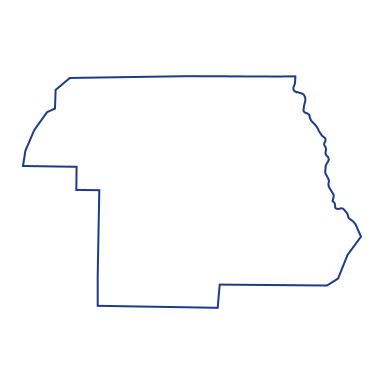 the district of Jackson, Florida, United States of America
{"feature_id": "52423323B29299909449407", "entity_name": "Jackson", "entity_type": "district", "adm_level": 2, "iso_a3": "USA", "parent_name": "United States of America", "parent_adm1": "Florida", "projection": "orthographic", "projection_center": [-85.035, 30.783], "detail": "fine", "context": "isolated", "style": "outline", "palette": "blue", "viewbox_px": 384, "rotation_deg": 0, "n_neighbors": 0, "source": "geoboundaries", "source_scale": "gbopen_adm2", "svg_char_len": 1461}
<svg xmlns="http://www.w3.org/2000/svg" viewBox="0 0 384 384"><path d="M69.8,78.0L55.6,89.9L55.0,108.5L47.0,112.2L34.3,130.0L25.4,150.7L23.0,166.0L76.6,166.8L76.3,189.9L99.3,190.2L97.7,275.4L97.7,305.8L120.9,306.2L217.7,307.8L219.7,284.6L327.0,285.5L338.1,278.5L347.5,255.0L361.0,236.6L357.9,229.7L355.5,224.2L352.9,221.2L349.1,218.5L348.4,217.3L347.4,213.7L343.5,209.0L342.8,208.6L341.6,208.3L340.3,208.4L338.8,209.0L336.6,208.7L335.5,208.1L335.2,207.4L334.8,203.4L332.5,200.9L333.5,197.6L333.7,195.6L333.5,194.4L329.5,188.0L328.8,186.5L328.4,184.3L328.9,181.3L328.8,180.1L327.6,177.3L325.5,173.7L325.2,171.9L325.4,169.8L325.6,166.4L326.1,164.8L327.1,162.9L328.2,161.4L328.7,160.3L328.7,159.4L328.5,158.0L327.9,156.9L326.5,155.5L325.6,154.0L325.5,151.9L325.9,150.7L326.1,149.3L325.9,148.1L325.4,147.0L324.4,145.4L324.1,144.1L324.5,142.6L325.4,141.1L325.5,139.1L324.8,137.9L324.3,137.4L323.4,136.8L322.8,136.3L322.2,135.9L319.0,131.2L317.8,128.6L316.1,125.8L311.2,120.7L310.0,118.2L309.3,114.9L307.4,113.5L304.9,112.5L303.8,111.4L303.5,110.2L303.8,107.2L304.2,105.0L305.3,100.8L305.3,98.5L305.1,97.3L304.0,95.0L303.0,94.0L301.5,93.4L297.2,92.1L296.2,91.9L296.1,92.1L294.3,90.9L293.8,90.2L293.4,89.0L293.4,87.5L294.9,83.7L295.3,78.4L295.3,76.4L295.0,76.4L285.1,76.4L283.6,76.4L282.4,76.5L281.9,76.5L272.4,76.5L271.2,76.5L269.9,76.5L229.8,76.4L227.0,76.3L226.9,76.3L225.9,76.3L185.4,76.2L74.2,77.9L69.8,78.0Z" fill="none" stroke="#1e3a8a" stroke-width="2"/></svg>